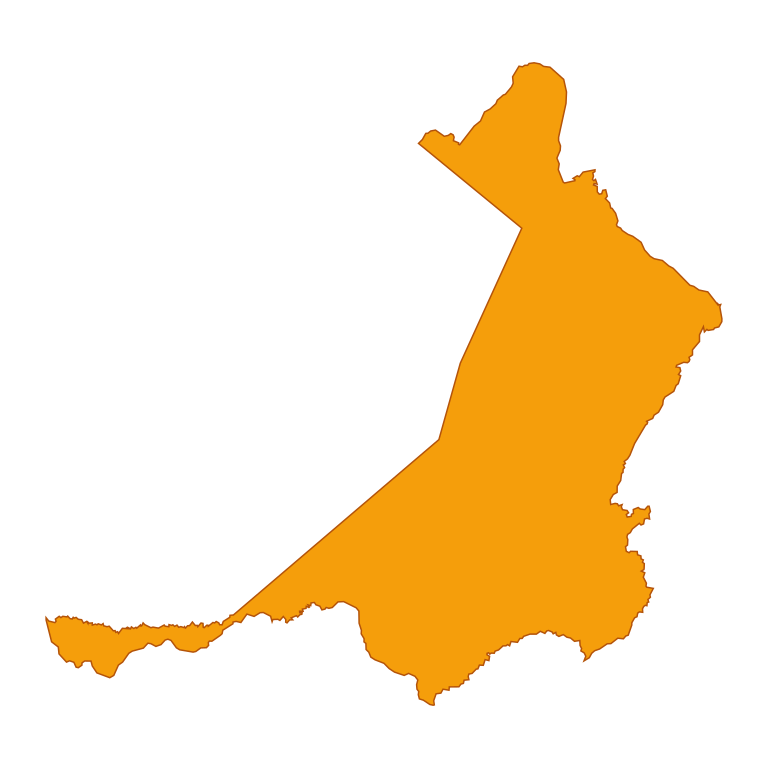 Landázuri, Santander, Colombia
{"feature_id": "7082276B67983395238238", "entity_name": "Landázuri", "entity_type": "district", "adm_level": 2, "iso_a3": "COL", "parent_name": "Colombia", "parent_adm1": "Santander", "projection": "mercator", "projection_center": [-73.893, 6.365], "detail": "fine", "context": "isolated", "style": "filled", "palette": "amber", "viewbox_px": 768, "rotation_deg": 0, "n_neighbors": 0, "source": "geoboundaries", "source_scale": "gbopen_adm2", "svg_char_len": 6074}
<svg xmlns="http://www.w3.org/2000/svg" viewBox="0 0 768 768"><path d="M584.0,660.9L589.3,657.7L591.7,653.3L594.7,650.7L599.6,649.0L607.2,643.8L610.9,643.6L617.8,638.2L623.4,638.8L625.8,636.0L628.2,635.2L631.8,625.0L631.8,622.8L634.6,617.8L637.0,616.7L637.7,613.1L639.4,611.9L642.7,612.3L642.5,608.8L643.8,606.4L645.3,605.3L646.9,605.7L647.2,602.5L648.7,602.0L647.9,599.5L650.4,597.2L649.9,594.9L653.3,588.4L646.7,587.2L646.0,586.2L646.4,583.2L643.3,577.2L644.8,572.8L641.3,571.1L643.9,569.6L644.1,568.5L644.3,563.6L642.5,562.3L643.3,559.9L641.1,558.9L640.9,555.9L637.6,554.8L637.2,551.5L630.6,551.3L629.1,552.7L626.3,551.3L625.5,546.7L627.5,545.1L627.8,539.6L626.9,537.0L627.6,534.4L630.3,532.6L632.4,528.9L639.3,523.3L641.0,525.0L643.6,523.9L644.5,519.0L647.0,518.3L649.6,519.0L648.9,514.0L650.4,511.5L649.1,506.2L647.8,506.2L644.8,509.6L640.2,509.0L638.2,507.5L633.3,509.5L633.4,513.5L631.5,514.3L631.2,516.4L627.2,517.0L626.3,514.5L628.6,512.8L627.1,510.5L622.5,509.7L621.3,506.8L622.1,504.6L618.6,505.8L617.4,503.8L615.1,503.4L610.7,504.5L610.2,499.6L613.3,494.5L617.1,492.4L617.2,486.1L620.7,480.5L621.6,473.4L623.0,472.5L623.1,469.2L624.6,467.6L623.3,464.9L625.4,463.6L624.2,461.4L627.5,458.9L629.9,455.2L634.6,443.5L645.6,425.0L647.0,424.1L647.6,422.4L646.6,421.3L652.7,418.4L654.1,415.1L658.5,412.2L662.7,404.7L663.3,399.9L665.0,397.0L673.8,391.3L676.1,385.4L678.2,383.8L680.7,375.7L678.5,374.5L680.7,371.0L679.9,367.6L676.1,367.0L676.6,365.3L683.7,362.3L687.5,362.7L689.1,361.4L689.8,359.6L689.0,357.3L692.5,354.9L692.5,349.8L699.5,341.5L699.5,334.8L703.4,326.7L704.4,331.9L706.9,329.4L708.1,330.4L713.6,329.5L714.5,328.0L718.8,326.9L721.8,321.7L721.9,318.8L719.8,306.9L720.7,304.5L718.8,304.9L717.8,303.8L717.7,304.6L707.8,291.9L698.9,290.0L693.8,286.4L689.8,285.2L673.2,268.3L668.7,265.9L662.4,260.5L654.1,258.7L650.2,256.3L644.6,250.0L641.1,242.3L632.8,236.3L628.0,234.4L622.2,230.5L620.6,228.1L617.2,226.5L616.5,224.7L617.9,220.9L615.6,213.3L612.1,208.4L610.7,208.0L609.6,203.0L605.4,198.6L607.3,196.2L605.7,189.8L602.8,190.3L601.7,193.7L599.3,194.2L597.3,191.9L597.2,186.4L593.5,185.0L594.1,183.5L597.1,184.1L595.5,179.4L593.9,180.7L592.5,179.5L593.5,176.1L592.8,172.9L594.9,171.6L595.0,169.8L583.1,172.1L579.3,176.7L577.2,175.8L573.0,178.4L575.0,179.7L574.9,180.7L564.6,183.0L563.2,182.1L558.3,169.7L559.2,163.9L556.9,158.1L560.2,150.3L560.5,145.9L558.6,140.7L558.6,137.3L566.0,103.4L566.5,92.0L563.7,79.4L550.0,67.2L543.6,66.4L539.8,63.9L534.1,62.8L529.1,63.5L527.6,65.3L524.8,65.3L522.5,66.8L519.0,66.2L512.6,76.8L513.2,83.2L511.5,86.9L505.4,94.3L503.3,95.0L497.3,100.2L495.9,103.7L490.1,109.0L484.5,112.0L480.5,121.0L474.2,126.1L459.7,144.8L458.5,144.4L458.7,142.9L453.4,140.7L454.1,137.1L453.1,134.8L450.8,133.6L448.3,135.4L444.3,136.3L435.5,130.1L430.7,131.0L428.0,133.2L425.8,133.4L422.4,139.5L418.5,143.4L521.8,228.2L460.3,363.2L438.9,439.6L233.4,615.0L230.0,615.3L229.8,617.3L223.3,621.4L222.1,624.8L219.6,624.7L218.8,622.9L216.2,621.5L214.7,622.9L212.9,622.5L208.2,626.3L207.9,625.2L206.8,625.2L204.1,627.7L203.2,627.2L203.0,623.4L201.0,623.0L197.8,626.7L197.3,625.4L195.3,625.5L192.4,622.0L189.6,625.6L187.5,625.8L185.6,628.0L184.5,626.7L184.1,627.6L180.8,626.6L178.7,627.3L177.0,625.1L174.6,626.4L172.9,624.8L171.7,625.4L169.0,624.6L168.8,626.7L165.1,626.2L164.2,625.0L158.5,628.1L153.0,627.1L150.9,627.7L144.8,624.7L143.1,622.9L141.8,625.7L141.0,626.1L140.5,624.9L136.7,628.2L135.9,627.3L133.8,628.5L131.4,626.9L130.5,628.8L127.4,627.2L126.7,627.7L128.1,628.7L122.4,628.3L118.5,633.5L117.6,631.7L115.8,632.4L115.1,630.6L113.3,630.8L109.2,626.2L107.0,626.7L103.7,625.8L103.1,623.6L101.4,624.9L98.2,623.8L97.0,624.8L95.4,624.1L92.3,625.1L92.3,622.9L89.1,623.2L88.0,622.2L87.9,623.4L86.7,621.4L83.5,623.1L81.6,619.7L78.3,619.3L76.1,617.4L74.1,618.1L73.2,617.3L72.2,619.0L70.0,618.6L67.7,616.1L66.9,616.9L62.8,616.3L60.9,617.6L59.2,616.3L55.4,619.1L56.1,621.3L54.9,622.6L48.7,621.0L46.1,617.7L46.1,620.0L51.6,641.8L58.3,647.0L59.0,653.9L66.5,662.1L69.6,660.8L73.9,662.3L76.1,667.2L78.3,667.7L81.9,665.2L82.0,662.9L84.7,661.0L91.0,661.1L92.3,666.0L96.9,672.9L109.8,677.7L113.8,675.4L118.4,665.1L122.6,662.1L128.8,653.3L132.3,651.1L143.4,648.1L147.9,643.2L150.9,643.7L155.9,646.4L161.0,644.6L165.2,640.0L167.9,639.2L171.0,640.4L176.4,647.8L179.7,649.8L193.1,652.1L195.8,651.5L200.8,647.9L206.4,647.7L208.6,645.4L208.3,642.6L209.4,641.1L211.9,641.2L220.4,635.3L222.1,633.7L222.8,630.2L232.9,623.8L233.1,622.0L236.2,621.4L240.9,622.5L246.9,614.1L254.1,616.4L260.1,612.7L263.3,612.5L270.6,616.2L272.1,621.7L272.9,619.5L277.9,619.3L279.9,620.4L283.3,616.5L285.8,619.5L285.7,622.2L287.0,622.9L289.6,619.9L292.7,619.8L291.1,617.9L296.4,615.7L297.7,617.0L299.9,614.7L301.8,614.3L302.1,612.8L299.7,612.7L299.6,611.2L303.1,611.3L302.4,609.1L306.0,608.4L306.3,606.3L308.9,607.5L309.4,607.1L308.0,604.9L310.7,605.7L311.1,602.9L314.4,602.5L315.9,604.8L319.9,606.2L321.9,609.9L325.0,609.1L326.2,607.5L328.9,608.3L332.3,607.5L338.0,601.9L343.7,601.6L356.2,607.8L358.9,611.1L359.1,623.2L361.4,630.3L361.2,633.8L364.1,638.7L364.0,641.9L365.9,643.4L366.1,649.5L368.8,652.2L370.8,657.1L375.0,659.8L384.0,663.3L389.2,668.6L394.5,672.1L404.2,675.4L408.6,673.4L415.0,676.3L417.8,680.0L416.6,684.7L417.0,689.2L418.7,691.4L418.3,694.7L419.4,698.9L423.4,700.2L429.9,704.5L433.2,705.2L434.3,704.9L433.7,700.7L436.1,693.8L440.9,693.1L443.0,689.2L449.0,690.2L449.3,686.9L458.9,686.8L460.9,684.1L463.4,683.4L464.1,680.2L468.9,679.7L468.2,676.5L468.8,674.1L472.1,673.4L476.2,669.1L477.9,668.9L479.4,665.1L483.3,665.3L485.1,659.6L488.9,660.6L489.6,656.3L487.0,654.8L487.1,653.3L488.7,652.8L489.8,654.1L491.2,653.1L494.3,653.2L495.1,651.1L498.5,650.0L503.0,645.9L506.0,645.8L507.6,644.6L509.6,645.8L511.0,641.5L517.5,642.3L519.8,638.5L522.2,638.4L523.7,636.3L530.0,634.1L536.4,634.1L540.3,631.3L544.9,633.4L546.8,630.9L548.6,630.5L552.1,632.0L553.2,633.8L555.8,632.4L556.4,634.9L558.9,636.4L563.3,634.6L566.9,637.2L570.5,638.0L574.5,641.3L579.8,640.5L580.1,645.5L581.6,648.5L580.9,650.9L584.2,652.9L585.8,656.2L584.0,660.9Z" fill="#f59e0b" stroke="#b45309" stroke-width="1.5"/></svg>